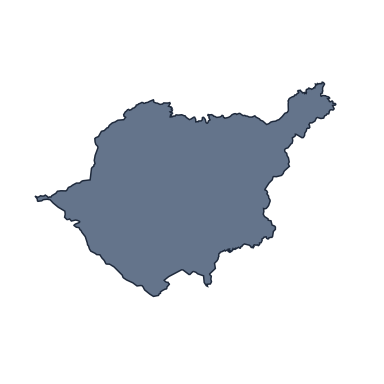 Di Linh, Lâm Đồng, Vietnam, rotated 81°
{"feature_id": "81297802B8144414429904", "entity_name": "Di Linh", "entity_type": "district", "adm_level": 2, "iso_a3": "VNM", "parent_name": "Vietnam", "parent_adm1": "Lâm Đồng", "projection": "robinson", "projection_center": [108.032, 11.519], "detail": "fine", "context": "isolated", "style": "filled", "palette": "slate", "viewbox_px": 384, "rotation_deg": 81, "n_neighbors": 0, "source": "geoboundaries", "source_scale": "gbopen_adm2", "svg_char_len": 6017}
<svg xmlns="http://www.w3.org/2000/svg" viewBox="0 0 384 384"><g transform="rotate(81 192 192)"><path d="M287.6,191.4L285.5,191.6L285.7,188.2L283.7,186.8L281.1,187.0L278.1,186.1L276.3,187.4L275.7,187.4L271.2,180.9L265.9,180.9L263.9,178.1L262.2,176.7L261.0,176.4L259.7,175.5L258.8,175.6L257.1,175.0L256.6,173.9L255.9,173.5L255.4,170.7L254.9,170.3L255.1,169.4L254.6,168.9L255.5,168.2L254.9,166.8L255.1,165.5L254.2,165.3L254.2,164.0L254.8,164.3L255.4,163.9L255.4,164.8L256.3,165.5L256.9,164.7L256.7,163.9L257.3,164.3L257.5,164.0L256.5,161.7L254.5,160.4L255.3,160.1L254.7,158.5L255.2,158.8L255.4,158.5L253.9,154.7L254.9,153.7L255.0,153.0L253.8,152.5L253.6,151.2L252.7,150.7L251.5,148.4L253.5,143.7L254.7,142.7L256.0,142.2L256.2,141.6L255.7,140.5L256.6,140.3L255.5,139.2L254.3,139.4L253.9,138.7L254.5,137.1L254.5,135.5L255.3,135.0L255.0,134.2L254.1,133.3L252.9,133.3L252.9,131.8L252.5,131.4L250.8,130.3L249.4,130.3L248.6,128.5L247.9,128.0L247.9,125.8L249.5,125.5L250.3,124.4L250.2,123.7L249.4,123.3L249.1,121.4L249.3,120.2L248.6,119.4L243.7,117.8L242.0,115.5L239.7,115.1L238.7,115.6L237.1,118.1L232.8,118.5L231.8,121.1L230.4,121.1L227.5,124.3L225.0,125.1L222.6,124.1L219.5,123.9L220.0,122.8L219.8,121.2L218.6,119.7L217.4,118.5L213.1,116.2L211.6,116.3L210.1,117.1L207.9,117.0L205.5,118.3L204.4,117.5L203.7,117.6L202.2,118.2L201.4,119.6L200.8,119.6L195.2,114.5L192.5,110.8L190.0,109.7L189.5,109.0L190.1,106.2L189.6,100.9L188.0,99.0L186.6,98.3L185.5,97.3L181.9,91.8L179.3,92.5L177.6,91.3L173.3,91.4L171.0,92.4L168.6,92.4L167.3,93.6L166.3,94.0L164.8,93.9L163.8,92.9L163.4,90.3L159.9,86.6L159.5,85.5L157.1,84.5L154.2,84.4L153.2,81.9L152.4,81.0L151.1,80.9L151.4,79.9L155.6,74.9L155.6,73.5L153.9,72.0L151.5,71.4L149.6,69.6L147.4,68.7L147.0,67.8L147.4,66.6L146.7,65.6L144.9,65.5L143.7,66.0L142.1,64.5L142.5,62.7L141.2,59.5L138.4,57.6L138.0,56.5L139.6,53.2L139.6,50.4L137.5,49.1L137.2,47.6L136.0,46.4L136.2,44.8L135.0,44.1L134.1,44.0L132.6,42.7L132.5,41.6L133.1,39.9L132.1,38.6L128.5,39.6L128.6,37.0L128.2,36.4L127.6,36.3L126.9,36.9L126.5,38.8L124.7,38.8L124.0,39.4L124.5,41.1L124.1,42.1L122.5,42.4L121.1,43.4L120.8,41.4L120.2,41.5L119.1,42.8L118.8,44.0L117.8,45.1L117.1,48.0L117.7,49.1L117.2,49.8L115.2,49.5L114.6,47.7L113.5,47.7L112.7,47.0L111.5,47.1L109.2,46.6L106.1,44.2L104.5,45.0L103.9,46.2L105.3,46.9L104.9,47.6L105.2,48.6L104.8,49.4L105.1,50.6L104.5,51.2L105.5,51.9L104.7,53.2L106.3,53.2L107.5,54.3L108.3,54.4L108.1,55.5L108.7,56.0L109.3,57.8L108.5,58.5L108.4,59.6L107.8,59.9L107.6,60.5L108.6,61.6L108.6,62.7L109.2,63.3L110.4,63.4L111.1,63.9L111.6,63.4L112.6,63.8L112.2,64.6L112.4,65.4L111.3,65.5L111.4,67.4L110.0,68.0L109.4,68.8L108.5,69.0L108.4,71.3L108.8,71.8L110.1,71.0L110.9,71.4L111.1,72.6L112.3,73.8L112.3,75.4L113.6,76.5L113.6,77.9L114.8,81.1L115.7,82.0L116.4,82.2L117.1,82.9L118.2,82.7L120.0,83.2L126.7,84.1L128.3,85.5L128.8,88.0L131.6,91.1L134.1,94.7L134.4,96.6L135.1,98.3L135.0,101.2L135.3,103.4L136.4,105.1L137.0,107.7L133.0,111.0L131.8,113.1L130.3,114.0L128.1,117.0L126.6,118.0L127.4,121.0L126.9,123.8L125.7,125.5L125.2,127.3L124.6,127.8L124.5,129.7L121.8,132.5L121.8,133.9L122.4,135.7L121.5,136.4L121.3,138.0L121.9,140.4L123.3,142.3L124.0,144.4L124.3,148.0L123.7,148.2L123.3,149.1L121.5,149.4L121.0,150.3L121.9,151.4L122.3,152.9L122.2,156.0L120.8,157.7L120.6,158.7L119.7,159.1L119.4,159.8L118.7,160.3L118.5,162.7L118.0,163.9L118.6,164.4L119.0,164.3L119.4,163.5L120.6,163.3L121.3,163.7L123.6,162.9L124.5,164.8L125.5,165.1L126.4,165.9L126.4,166.5L125.6,167.3L122.5,167.5L120.3,168.7L119.9,169.3L120.2,170.1L122.3,170.6L123.2,171.8L122.9,174.5L123.5,174.7L123.3,177.3L120.7,177.0L118.5,177.7L118.4,178.6L119.8,181.7L120.1,183.3L117.4,186.0L115.6,187.0L115.4,187.9L114.1,190.0L113.9,193.5L113.3,195.7L114.4,197.0L114.1,198.0L114.6,199.6L114.5,201.8L113.9,201.7L113.7,200.2L112.9,201.2L112.3,201.0L111.9,199.7L111.1,198.9L110.4,199.4L110.0,200.8L109.4,201.1L109.5,199.5L108.0,198.5L107.4,199.5L106.2,198.5L105.7,198.7L105.3,199.7L104.7,199.4L103.7,201.8L101.2,199.7L100.2,200.0L100.4,201.7L99.6,206.1L100.5,207.3L100.5,209.9L98.8,212.3L98.5,213.6L97.4,215.4L96.4,215.8L95.4,215.5L94.9,215.8L95.9,220.0L96.5,221.3L96.6,224.0L97.0,224.7L96.9,225.8L96.0,226.5L95.7,227.7L96.3,229.1L96.6,230.9L97.3,231.9L97.4,233.4L98.8,234.2L99.9,236.1L100.1,237.8L101.0,238.7L101.5,240.9L100.5,241.6L100.7,242.9L101.8,244.0L102.4,245.3L104.9,247.4L106.6,247.3L107.8,245.9L109.9,248.1L109.5,254.0L110.8,257.1L111.3,260.0L113.3,263.3L115.3,264.7L115.4,266.0L117.6,269.0L117.9,272.0L122.6,275.7L123.3,278.5L124.0,279.6L127.4,279.9L130.0,279.5L132.2,278.0L133.7,278.0L140.6,281.9L145.5,283.6L148.9,283.4L150.0,284.7L151.1,284.9L152.1,286.8L153.0,287.6L164.1,290.7L163.8,297.8L164.1,299.2L165.6,301.6L165.1,304.8L166.6,309.1L167.5,310.6L168.2,313.4L170.6,315.3L171.2,316.4L170.3,321.2L170.2,324.8L172.0,326.7L173.7,331.0L174.9,332.1L174.6,333.2L175.0,334.9L174.0,335.4L172.1,337.4L172.8,338.8L172.6,340.9L172.0,342.0L173.0,344.5L172.9,345.4L171.5,347.7L174.4,346.0L176.6,346.0L177.1,345.6L177.2,341.8L176.3,340.0L176.5,336.2L177.5,333.3L181.1,330.9L186.1,326.5L191.0,320.6L194.1,320.7L197.0,321.8L199.6,319.9L199.8,319.0L199.5,317.1L201.8,315.7L201.5,311.3L202.2,309.5L203.5,307.6L204.1,307.7L204.6,308.4L205.4,312.1L206.2,313.6L206.6,313.8L208.7,311.8L209.5,309.2L211.8,308.5L212.5,307.7L214.7,307.0L219.4,304.4L225.9,303.4L227.9,303.4L228.9,302.7L232.2,302.2L234.6,301.2L237.5,297.2L238.9,296.0L239.6,292.8L243.1,291.3L245.9,289.4L249.3,288.3L249.8,287.6L250.4,284.7L253.8,280.7L263.2,273.9L265.5,273.5L266.1,273.1L268.7,270.3L272.4,264.7L276.2,261.0L276.3,257.4L276.7,256.0L278.0,255.2L281.3,254.1L286.3,249.6L289.1,246.4L288.9,241.3L287.5,240.3L287.1,239.0L285.8,238.8L284.7,236.6L283.8,234.1L283.7,232.4L283.3,232.0L281.8,231.5L279.6,228.8L279.3,228.8L278.3,229.6L277.5,229.7L277.1,231.3L276.3,232.3L274.8,233.3L271.9,228.2L267.2,214.4L267.6,213.1L273.0,207.9L273.1,206.9L270.8,203.7L270.8,202.8L271.9,200.7L273.7,199.2L276.6,193.7L283.3,194.1L286.8,192.5L287.6,191.4Z" fill="#64748b" stroke="#1e293b" stroke-width="1.5"/></g></svg>